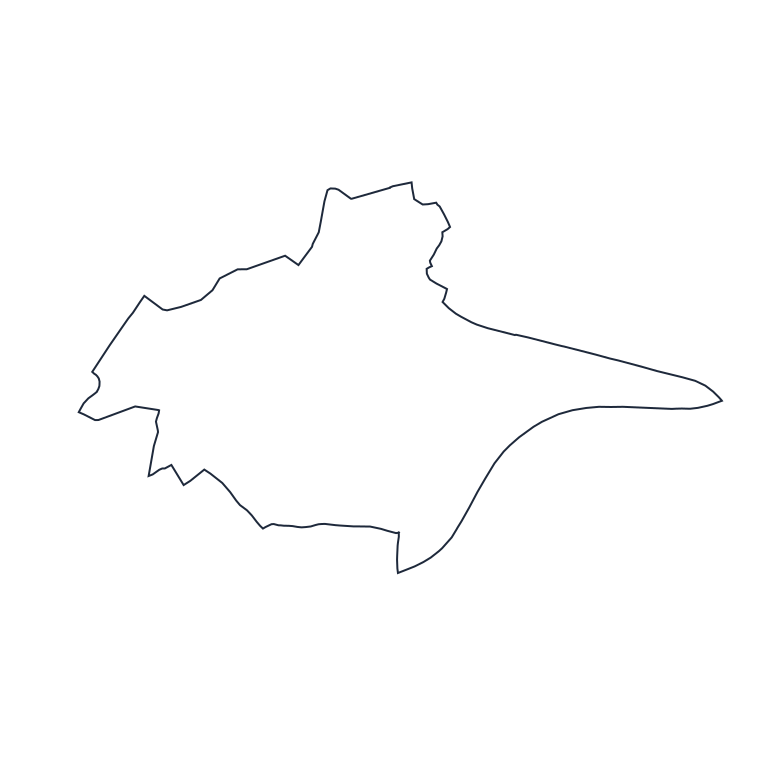 Surulere, Lagos, Nigeria (Natural Earth projection), rotated 234°
{"feature_id": "59680162B1513568068009", "entity_name": "Surulere", "entity_type": "district", "adm_level": 2, "iso_a3": "NGA", "parent_name": "Nigeria", "parent_adm1": "Lagos", "projection": "natural_earth1", "projection_center": [3.345, 6.49], "detail": "fine", "context": "isolated", "style": "outline", "palette": "slate", "viewbox_px": 768, "rotation_deg": 234, "n_neighbors": 0, "source": "geoboundaries", "source_scale": "gbopen_adm2", "svg_char_len": 2710}
<svg xmlns="http://www.w3.org/2000/svg" viewBox="0 0 768 768"><g transform="rotate(234 384 384)"><path d="M546.8,147.6L546.5,147.4L546.3,145.2L546.2,141.4L546.2,136.4L545.2,131.4L544.9,129.7L542.3,124.0L540.6,120.5L535.7,123.4L524.7,129.0L522.7,131.8L512.1,169.5L495.6,186.1L494.9,186.6L492.7,184.4L489.8,180.1L487.6,177.4L479.5,173.8L477.9,172.9L469.1,161.4L447.9,139.5L446.8,143.7L446.7,151.8L446.0,155.0L444.5,157.0L443.5,164.4L420.0,162.5L419.5,170.3L420.3,186.7L420.4,188.3L413.5,190.9L399.0,195.0L386.9,196.0L376.6,195.9L370.7,196.3L362.4,198.9L355.4,199.8L347.3,200.0L342.1,200.4L338.2,201.1L337.9,204.1L337.1,208.5L336.7,210.6L335.5,212.5L331.7,215.6L330.3,217.4L328.1,219.8L327.0,221.3L325.0,223.9L322.7,226.6L319.3,229.9L316.5,233.0L314.2,236.7L311.8,241.0L310.2,245.6L309.0,248.6L307.6,250.9L305.6,253.9L298.3,261.8L296.5,263.9L295.3,265.3L286.5,275.9L283.0,280.7L276.8,289.0L268.6,296.4L263.3,300.4L256.3,306.1L255.2,308.2L255.4,309.6L254.8,308.4L251.7,306.2L247.4,302.0L245.2,300.0L237.3,293.7L234.2,291.3L226.9,286.4L222.9,284.2L220.6,293.0L218.4,301.6L216.8,311.3L216.1,319.8L216.5,330.2L217.0,334.6L220.1,348.6L223.8,357.4L224.5,358.9L227.4,366.0L234.0,380.4L241.7,396.1L248.1,410.6L254.9,426.8L258.9,440.8L259.0,441.1L260.4,449.8L261.1,457.6L261.5,462.2L261.5,479.8L260.6,489.5L257.0,507.4L252.0,521.1L245.7,533.6L239.2,544.5L232.0,554.1L225.1,563.9L194.6,602.3L192.4,605.7L189.1,610.5L184.1,617.0L180.2,623.9L176.3,632.8L174.4,638.3L172.4,645.5L171.8,647.5L172.5,647.5L176.5,647.1L184.4,645.8L193.8,643.0L203.7,637.6L214.0,629.4L234.1,612.4L245.3,603.6L265.3,587.4L271.9,581.7L283.4,572.5L308.6,551.6L310.0,550.3L315.1,546.0L337.0,527.9L342.0,523.5L346.3,519.7L346.6,518.7L363.8,504.4L368.1,500.8L377.5,494.0L382.6,491.0L389.6,487.6L393.1,485.9L398.6,483.5L407.2,481.0L415.9,479.6L417.5,482.9L421.5,488.1L423.8,490.8L434.4,485.5L441.4,482.6L443.7,482.7L448.0,483.5L452.1,486.2L451.8,489.2L451.2,492.0L454.9,492.7L456.8,493.6L459.4,500.3L462.6,506.3L463.8,510.2L465.7,514.3L469.0,518.2L472.5,520.4L471.9,526.5L472.2,529.7L477.5,530.9L486.0,532.3L494.9,533.4L497.7,532.6L500.0,532.8L503.6,525.3L506.5,520.8L515.8,517.1L525.7,521.8L530.9,524.8L538.8,507.4L539.5,504.4L539.2,504.2L552.8,466.9L553.4,466.1L567.9,461.4L570.7,459.4L573.7,455.6L574.0,452.2L566.8,443.2L552.7,428.5L545.1,420.4L539.2,408.7L537.3,406.4L533.0,392.6L530.5,384.7L545.9,379.4L557.5,340.4L562.8,333.0L566.0,313.1L560.7,300.4L559.6,285.3L565.7,265.0L571.1,251.8L574.4,248.7L596.2,241.9L593.7,234.7L589.2,222.7L587.4,215.8L584.1,206.3L576.6,184.9L565.3,155.1L562.6,155.6L560.9,156.3L558.8,156.6L556.1,156.5L553.1,155.3L550.8,153.5L549.6,152.5L547.7,149.7L546.8,147.6Z" fill="none" stroke="#1e293b" stroke-width="2"/></g></svg>